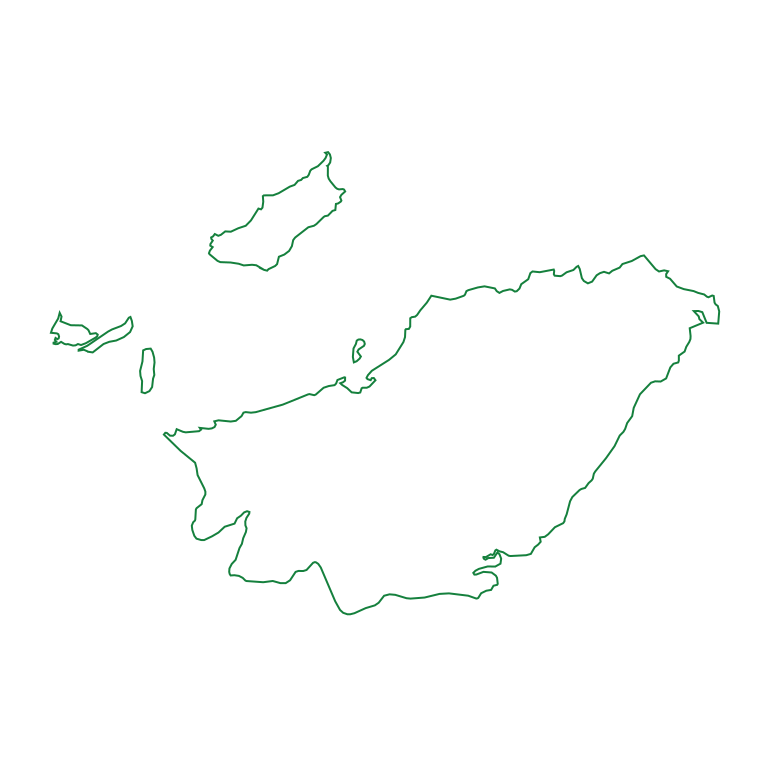 the border of Sumatera Utara, rotated 91°
{"feature_id": "IDN-381", "entity_name": "Sumatera Utara", "entity_type": "Province", "adm_level": 1, "iso_a3": "IDN", "parent_name": "Indonesia", "parent_adm1": "", "projection": "albers", "projection_center": [98.746, 1.854], "detail": "fine", "context": "isolated", "style": "outline", "palette": "green", "viewbox_px": 768, "rotation_deg": 91, "n_neighbors": 0, "source": "natural_earth", "source_scale": "10m", "svg_char_len": 6137}
<svg xmlns="http://www.w3.org/2000/svg" viewBox="0 0 768 768"><g transform="rotate(91 384 384)"><path d="M438.4,603.2L436.6,601.8L436.7,600.3L439.4,597.0L439.4,594.0L438.0,592.2L432.8,590.5L435.3,584.2L435.8,581.4L434.4,568.1L432.8,566.1L431.1,567.4L431.9,558.6L431.4,555.4L430.0,552.7L427.6,551.5L424.3,553.0L423.2,548.8L424.2,536.6L423.4,531.5L418.5,525.8L415.1,524.0L414.5,521.8L415.0,516.5L414.4,511.8L406.4,484.9L395.7,459.7L395.4,458.3L396.4,453.6L395.8,452.1L388.8,444.3L387.0,439.2L386.0,433.4L384.4,431.9L380.8,430.6L378.0,423.8L378.2,423.0L381.3,423.0L382.9,424.9L384.0,427.7L385.7,425.8L388.8,420.7L392.9,416.2L393.5,409.7L392.9,407.6L388.7,406.3L388.1,405.3L388.0,401.1L386.8,398.5L380.4,392.6L378.2,394.3L378.4,396.4L380.4,397.4L379.4,400.6L378.2,401.6L375.4,400.2L371.0,396.4L359.8,379.4L354.2,372.8L341.7,365.3L336.7,363.8L329.5,363.6L328.8,363.1L328.5,360.1L326.1,358.8L317.8,358.9L316.7,357.4L316.1,354.0L314.4,352.1L309.7,349.0L301.9,342.6L294.9,338.2L298.5,319.3L297.4,313.8L294.4,305.8L293.3,304.6L289.7,303.2L288.7,301.3L285.8,291.8L284.6,285.2L286.5,274.8L289.2,272.9L290.9,270.2L288.9,266.6L287.2,259.9L287.6,257.6L289.3,254.8L288.9,252.9L286.2,250.2L281.8,248.5L276.7,241.6L270.6,239.6L268.9,237.5L269.5,230.2L266.6,216.3L267.9,215.8L271.3,216.1L272.7,215.3L273.1,209.6L272.5,207.9L269.1,203.4L266.7,196.6L263.5,193.5L262.6,191.9L265.6,190.3L274.7,188.0L277.5,186.0L279.8,181.9L278.0,177.7L271.6,173.3L269.4,170.0L268.0,166.0L269.5,160.9L266.8,157.7L263.5,150.4L259.9,147.7L256.7,138.4L251.7,129.7L250.9,126.3L264.4,114.5L266.7,111.0L265.5,105.9L266.3,101.9L269.2,103.8L271.9,103.7L273.8,99.8L281.4,93.0L283.9,85.9L285.7,76.0L287.4,71.6L288.9,65.4L291.1,62.6L291.6,61.1L289.8,57.4L290.2,55.9L296.9,54.9L298.6,53.8L300.2,51.6L305.6,50.1L317.8,50.9L317.2,62.5L306.6,67.0L305.5,70.9L305.7,75.5L310.9,70.5L313.6,69.8L317.1,66.0L322.9,79.3L330.7,78.3L333.7,78.4L336.6,79.5L341.5,82.4L346.3,84.0L350.5,89.7L355.4,89.6L357.3,90.2L358.7,94.9L362.4,98.0L373.5,102.0L376.7,107.4L376.6,113.0L378.1,117.1L389.8,127.9L403.5,133.9L411.8,135.3L418.8,140.2L424.7,142.1L427.7,143.8L431.4,147.4L442.1,152.4L454.4,160.8L467.8,171.3L470.0,172.6L475.0,173.6L476.7,174.7L479.5,177.7L484.4,181.1L485.5,184.8L486.6,186.6L493.7,193.7L498.0,195.9L511.1,199.1L515.7,200.9L518.2,201.2L520.0,202.4L524.2,210.6L531.4,217.2L534.0,220.6L534.7,225.5L539.0,224.6L541.9,227.1L544.6,230.5L551.3,234.2L552.7,238.8L553.8,254.6L553.5,256.4L550.1,262.0L549.3,265.5L547.7,268.7L548.5,269.8L551.9,271.1L553.1,272.4L552.4,274.4L555.3,279.1L555.2,281.5L556.0,281.6L557.2,280.8L557.9,279.4L556.2,276.6L555.8,271.1L550.5,267.7L552.1,265.6L556.6,263.8L561.6,264.4L564.6,269.6L564.6,277.1L567.2,285.9L569.1,289.3L571.3,291.4L573.0,290.3L572.9,288.4L570.1,281.3L570.6,273.1L573.7,268.8L575.8,267.6L581.8,266.8L582.8,267.3L583.8,271.0L588.0,273.3L588.9,278.1L591.5,283.2L596.2,286.0L596.7,286.9L596.9,288.0L594.2,296.1L592.2,315.4L592.9,324.8L596.8,339.7L598.1,353.7L597.8,357.7L594.6,369.1L594.2,374.8L595.7,380.2L602.8,385.5L605.5,389.3L608.4,398.4L613.7,409.6L614.8,413.7L614.9,416.5L613.5,420.8L610.7,424.0L602.1,429.0L568.6,444.0L565.0,446.6L563.5,448.9L563.3,450.0L564.0,451.8L571.3,458.2L572.4,461.5L572.4,466.3L573.4,469.1L581.9,474.5L584.8,478.8L584.9,484.1L582.9,491.8L584.3,501.3L583.4,518.0L583.0,519.1L580.3,521.9L578.4,525.7L577.8,530.2L578.1,534.0L576.6,535.0L574.5,535.5L571.1,535.3L566.6,533.1L562.4,529.3L550.5,525.6L546.3,523.3L540.7,522.1L534.4,519.5L530.6,518.9L527.8,520.1L523.9,520.3L520.3,519.2L516.0,516.5L514.3,516.3L513.6,518.7L514.8,521.6L518.2,524.8L520.8,528.5L526.2,531.0L529.5,540.8L535.4,546.9L539.3,553.3L543.2,561.1L543.2,564.1L541.9,568.8L539.1,571.0L533.3,573.1L529.0,573.7L525.6,572.4L523.8,570.6L522.6,570.3L512.7,569.9L511.4,569.2L507.3,564.2L503.3,563.5L497.6,560.7L494.8,560.7L491.5,561.9L478.3,568.8L471.6,569.9L466.0,571.5L454.4,586.2L438.4,603.2ZM271.2,501.5L272.7,502.8L272.0,505.9L269.7,510.8L269.7,509.9L267.5,513.8L267.1,518.0L267.9,526.3L266.3,531.4L265.2,539.5L265.0,549.8L263.8,552.6L257.3,560.7L256.3,561.3L253.7,560.4L250.1,557.7L248.7,560.1L247.1,560.0L243.6,557.7L242.0,559.1L240.5,559.4L239.4,557.5L237.0,555.8L238.7,552.3L237.7,549.7L234.2,545.4L234.4,539.8L230.8,532.4L228.2,525.0L222.8,519.9L210.8,512.6L211.5,510.0L209.8,508.6L203.8,507.9L198.3,508.4L197.5,507.4L197.3,498.3L195.1,492.7L188.3,481.6L186.5,476.9L182.4,473.5L181.4,470.4L179.5,468.7L178.2,464.3L176.2,462.9L172.0,461.4L170.6,460.1L167.4,453.9L161.9,448.4L159.1,446.4L155.6,445.0L153.8,446.8L153.1,444.0L155.4,442.1L159.0,441.1L163.5,441.7L166.4,443.6L166.9,444.6L167.6,443.9L176.6,443.8L179.6,442.9L182.3,441.1L188.3,436.0L189.6,434.3L190.2,432.4L189.8,428.6L190.3,427.3L192.2,426.2L195.6,429.9L197.9,431.2L201.4,429.8L202.4,430.4L204.3,433.1L204.8,435.2L210.9,435.7L211.8,438.5L216.6,443.0L217.3,446.2L218.2,447.4L225.3,454.4L227.0,456.8L228.6,462.4L239.1,475.4L241.7,477.3L247.8,478.5L252.6,481.2L256.3,485.9L258.6,491.3L266.0,493.0L267.9,494.9L271.2,501.5ZM349.6,700.7L349.9,702.5L349.5,704.2L347.5,707.6L349.7,710.9L349.9,713.1L349.4,715.1L348.4,715.1L347.5,712.3L345.7,713.9L343.7,713.2L344.9,711.4L344.1,710.1L342.2,709.7L339.9,710.5L339.1,712.0L338.6,717.9L334.3,716.6L324.2,710.9L318.5,709.5L322.2,707.6L326.9,708.5L330.7,698.2L330.7,687.0L334.2,681.6L335.4,680.4L339.1,678.6L338.2,673.0L339.6,671.1L341.2,671.5L342.6,673.1L348.4,682.8L350.3,687.6L349.4,690.7L350.7,693.0L351.0,695.6L349.6,700.7ZM346.6,659.4L348.9,665.1L357.5,675.8L356.8,681.3L356.8,680.4L355.0,684.7L356.0,689.9L355.0,689.9L351.0,681.4L336.4,660.8L334.2,656.9L330.6,647.9L327.9,643.9L322.2,640.3L321.4,638.7L325.4,637.2L330.7,636.3L336.5,638.8L341.6,644.9L345.2,652.5L346.6,659.4ZM355.8,616.0L361.6,614.3L366.5,613.8L373.0,614.5L379.0,613.8L382.7,615.0L391.1,615.8L395.2,618.4L397.4,622.8L396.4,626.2L385.3,625.9L380.2,627.6L375.2,628.1L365.7,625.9L354.6,625.4L353.2,622.5L352.7,617.9L355.8,616.0ZM356.9,407.6L359.0,408.8L361.7,411.7L362.9,414.5L357.5,415.6L349.0,415.1L344.5,412.8L341.1,412.0L340.0,410.4L339.8,408.4L340.4,406.3L341.9,404.6L344.3,403.9L346.2,404.7L349.9,410.0L352.2,411.2L356.9,407.6Z" fill="none" stroke="#15803d" stroke-width="2"/></g></svg>